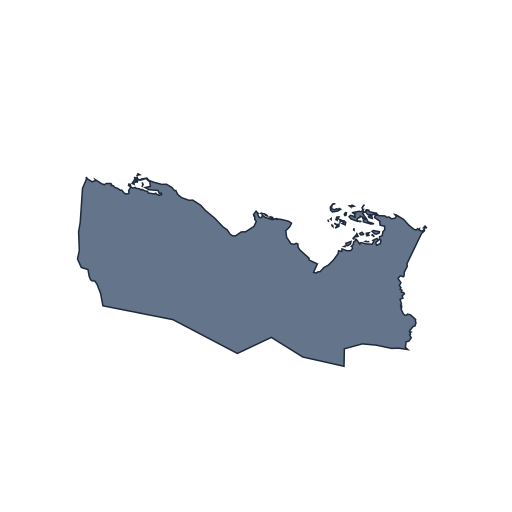 Debub Deb.Keih Bahri, Debubawi Keyih Bahri, Eritrea (Robinson projection), rotated 321°
{"feature_id": "51966322B86476524232792", "entity_name": "Debub Deb.Keih Bahri", "entity_type": "district", "adm_level": 2, "iso_a3": "ERI", "parent_name": "Eritrea", "parent_adm1": "Debubawi Keyih Bahri", "projection": "robinson", "projection_center": [42.638, 13.079], "detail": "fine", "context": "isolated", "style": "filled", "palette": "slate", "viewbox_px": 512, "rotation_deg": 321, "n_neighbors": 0, "source": "geoboundaries", "source_scale": "gbopen_adm2", "svg_char_len": 6190}
<svg xmlns="http://www.w3.org/2000/svg" viewBox="0 0 512 512"><g transform="rotate(321 256 256)"><path d="M304.3,252.8L303.1,249.3L298.4,243.2L296.5,241.2L295.3,241.0L294.5,239.2L291.7,238.2L290.7,236.8L287.3,231.6L286.6,228.1L285.0,229.5L283.6,229.2L282.8,227.4L283.8,224.0L284.5,224.2L284.3,221.2L280.2,222.2L279.5,223.6L280.0,224.3L278.0,226.9L278.0,229.3L273.1,231.7L263.3,230.7L259.6,228.0L253.0,227.5L250.6,225.8L249.6,222.7L250.1,217.6L248.7,212.7L247.7,200.6L245.3,188.6L245.0,181.9L242.0,172.8L238.9,170.4L234.9,163.8L233.9,158.9L234.9,154.7L233.8,153.7L233.8,149.9L231.6,143.9L227.9,141.1L223.0,134.4L220.2,129.5L220.3,126.8L215.6,124.2L213.1,123.5L212.6,121.3L213.2,120.0L211.2,119.7L211.2,118.1L210.3,120.0L205.4,121.6L206.3,123.4L206.6,122.5L208.6,122.7L210.6,121.5L210.9,122.6L209.5,124.0L210.7,123.6L211.5,121.9L213.8,124.3L219.3,126.6L220.1,131.7L217.7,135.4L212.9,133.0L214.6,137.2L221.1,143.4L220.2,146.5L222.0,147.6L221.3,148.8L219.3,148.2L217.4,145.2L217.6,144.1L215.8,143.5L211.8,139.0L212.5,137.4L211.2,136.4L209.2,132.4L208.2,132.4L207.7,130.4L205.3,127.8L205.4,126.8L202.9,125.5L202.3,123.5L198.1,125.1L197.1,127.1L195.7,127.2L194.2,126.1L193.2,124.7L193.1,120.3L192.0,119.6L191.1,116.5L189.3,113.7L189.4,111.8L187.9,110.2L188.9,109.5L188.8,108.3L185.4,105.5L183.1,105.2L181.6,102.9L179.1,95.4L178.9,96.4L175.3,95.2L173.5,89.8L173.8,87.8L172.5,89.6L163.8,94.2L140.5,119.3L133.3,125.6L122.2,140.5L115.4,146.0L113.0,155.0L116.9,160.8L113.6,166.7L112.5,170.3L112.9,172.0L115.0,174.0L114.7,177.8L111.6,187.4L105.7,198.4L151.4,253.2L180.2,320.0L216.7,328.9L228.8,364.0L255.0,397.1L266.3,383.7L283.3,391.2L293.3,400.9L303.2,413.1L308.9,417.5L315.1,424.2L314.6,421.1L318.5,417.2L321.3,418.3L325.2,417.3L325.6,414.0L326.8,414.0L327.4,412.6L328.6,412.7L327.7,411.5L328.0,410.9L333.6,409.7L335.6,410.4L338.4,408.5L338.7,407.1L340.1,405.8L339.0,399.0L337.2,396.5L335.8,396.7L334.4,395.7L334.1,393.7L335.4,388.3L336.6,387.9L336.5,386.5L337.7,386.6L337.6,385.1L338.8,384.9L340.7,380.3L343.6,381.2L344.6,378.8L347.4,378.9L347.8,377.4L346.2,375.6L347.9,374.4L347.0,372.7L348.8,371.7L348.8,369.1L351.8,368.0L352.2,362.9L355.6,362.2L357.3,364.8L358.3,364.8L361.2,361.8L367.0,359.3L368.5,357.0L398.8,342.7L402.9,342.4L403.5,341.1L400.9,341.4L399.1,338.7L399.9,337.9L399.3,338.0L398.8,336.4L397.1,336.7L395.5,334.7L394.1,327.6L393.8,320.6L390.9,312.5L390.0,311.2L390.0,313.7L387.5,314.0L384.7,312.3L384.0,309.5L381.8,308.0L381.5,306.1L376.6,301.7L376.7,300.2L376.2,299.4L376.5,298.6L371.9,292.9L372.5,291.3L371.0,289.6L370.4,289.6L370.9,290.6L368.8,290.3L369.0,294.5L372.6,297.4L375.5,298.0L374.9,298.4L376.1,299.4L375.4,300.3L376.6,300.9L373.9,299.6L372.3,300.7L374.1,306.8L371.8,310.1L374.7,313.8L372.4,316.7L370.0,316.9L366.8,319.7L364.2,318.8L362.3,320.7L363.1,322.4L360.4,324.6L356.5,323.5L357.0,321.7L358.2,320.8L360.9,320.9L361.0,318.5L356.6,317.4L356.8,318.8L353.7,319.9L349.3,316.0L346.1,311.7L344.7,311.3L344.5,311.8L344.2,312.0L344.4,306.1L343.9,305.6L343.6,306.6L340.7,306.5L338.9,308.2L336.3,308.5L336.7,309.0L335.6,311.0L333.0,311.4L330.0,309.2L327.3,304.6L325.5,306.4L323.4,303.9L321.4,305.8L313.7,307.9L306.3,308.6L301.6,307.7L296.0,308.5L294.2,307.3L292.0,307.1L290.4,304.9L298.7,300.8L294.7,292.5L295.8,291.1L293.9,278.9L294.3,275.5L296.1,273.1L295.2,271.4L293.0,270.9L290.9,268.5L291.6,260.7L295.1,255.1L300.8,254.5L304.3,252.8ZM364.5,286.3L357.8,282.7L359.8,285.7L358.6,285.8L357.6,288.1L356.8,287.9L356.5,285.9L355.0,283.8L353.0,284.1L353.1,287.0L356.8,293.1L357.4,293.1L357.2,291.6L358.5,290.6L361.2,291.4L362.0,290.7L363.5,292.9L362.7,294.0L365.3,295.3L365.7,290.1L367.8,290.2L367.2,288.4L368.1,287.9L365.2,287.6L364.5,286.3ZM349.5,264.3L348.3,263.9L344.5,264.8L342.8,267.4L343.1,269.9L347.9,272.5L351.2,273.0L350.6,271.4L349.3,271.6L348.4,270.0L345.9,269.3L344.5,266.8L346.7,264.5L349.2,264.3L350.4,265.5L349.5,264.3ZM365.3,296.7L362.1,295.6L360.9,297.0L365.4,303.5L368.0,305.2L364.6,299.9L365.3,296.7ZM367.3,314.8L363.1,309.9L361.7,309.9L362.2,313.2L363.1,314.7L366.4,315.6L367.3,314.8ZM339.0,304.5L333.9,302.7L332.7,304.5L333.5,305.6L337.0,306.1L339.0,304.5ZM346.5,283.9L344.9,283.4L345.3,285.0L344.7,285.5L343.4,285.0L344.9,288.0L346.9,286.3L346.5,283.9ZM369.3,296.2L368.1,296.3L368.1,297.2L370.0,300.0L371.1,297.9L369.3,296.2ZM340.4,283.6L338.4,282.2L338.0,283.6L335.1,284.2L339.1,285.1L340.4,283.6ZM353.5,306.7L353.3,304.2L350.7,303.7L350.7,305.6L352.8,306.9L353.5,306.7ZM345.1,277.8L343.2,276.6L341.0,278.0L341.5,279.2L342.0,278.3L342.8,278.8L345.1,277.8ZM347.8,305.0L348.4,302.1L344.9,303.5L347.8,305.0ZM352.9,278.5L350.9,279.1L350.5,280.5L351.5,281.0L353.5,279.3L352.9,278.5ZM358.5,309.1L356.0,307.7L355.0,309.3L355.3,309.7L358.5,309.1ZM202.3,123.5L203.4,121.0L202.4,120.1L201.3,121.0L202.3,123.5ZM406.3,341.2L406.2,339.1L404.0,339.5L405.7,341.2L406.3,341.2ZM363.6,279.0L362.6,276.9L361.2,276.9L361.8,278.2L363.6,279.0ZM216.0,117.8L214.5,118.5L216.8,119.7L216.0,117.8ZM293.2,236.6L292.1,234.8L291.1,234.3L292.9,237.7L293.2,236.6ZM345.3,282.7L343.9,280.2L343.7,281.8L342.6,282.6L345.3,282.7ZM289.0,228.3L287.9,227.4L289.0,228.6L289.0,230.7L289.5,231.3L289.6,230.7L290.2,232.6L290.0,231.0L289.0,228.3ZM368.0,287.2L369.3,285.4L371.1,284.5L368.8,285.2L368.0,287.2ZM360.1,315.5L360.0,312.8L359.3,312.7L360.1,315.5ZM210.8,130.6L213.3,129.4L213.9,127.2L212.9,129.4L210.8,130.6ZM344.0,303.1L342.6,303.3L342.4,304.0L342.8,304.3L344.0,303.1ZM359.7,295.3L358.5,294.1L357.8,293.9L358.5,294.9L359.7,295.3ZM334.3,281.5L334.9,280.5L334.5,279.7L334.1,280.1L334.3,281.5ZM337.3,275.0L338.0,274.2L337.1,274.2L337.3,275.0ZM348.4,297.8L349.1,297.0L349.6,296.1L348.2,297.2L348.4,297.8ZM334.0,275.4L334.7,272.9L334.0,275.4ZM360.4,276.9L360.6,276.1L360.1,275.8L360.4,276.9ZM338.1,282.1L338.0,280.8L337.5,279.8L337.7,281.4L338.1,282.1ZM331.2,304.2L330.4,304.0L331.5,305.3L331.2,304.2ZM353.1,316.2L352.0,315.2L351.8,315.2L353.1,316.2ZM296.3,241.2L295.4,239.7L295.0,239.8L295.4,240.5L296.3,241.2ZM287.8,227.1L287.1,226.0L286.5,225.9L287.2,227.0L287.8,227.1ZM357.4,311.2L356.7,310.7L356.1,310.7L356.8,311.1L357.4,311.2ZM351.1,314.4L350.8,313.7L350.4,313.6L351.1,314.4ZM372.5,284.7L371.5,284.3L371.3,284.5L372.5,284.7Z" fill="#64748b" stroke="#1e293b" stroke-width="1.5"/></g></svg>